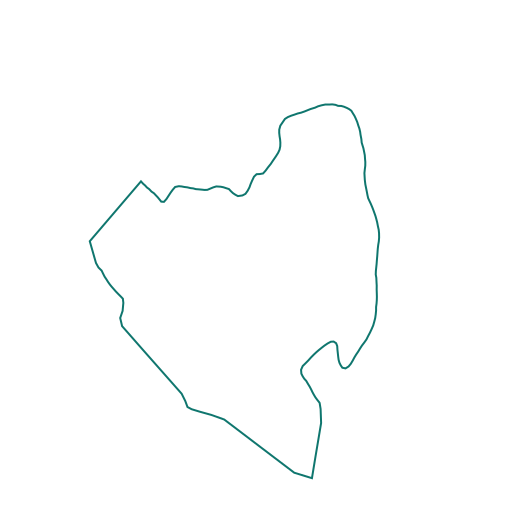 outline of Jahaf, Al Dali', Yemen, rotated 28°
{"feature_id": "15242507B12481598225051", "entity_name": "Jahaf", "entity_type": "district", "adm_level": 2, "iso_a3": "YEM", "parent_name": "Yemen", "parent_adm1": "Al Dali'", "projection": "equal_earth", "projection_center": [44.673, 13.731], "detail": "fine", "context": "isolated", "style": "outline", "palette": "teal", "viewbox_px": 512, "rotation_deg": 28, "n_neighbors": 0, "source": "geoboundaries", "source_scale": "gbopen_adm2", "svg_char_len": 2928}
<svg xmlns="http://www.w3.org/2000/svg" viewBox="0 0 512 512"><g transform="rotate(28 256 256)"><path d="M119.4,244.1L102.3,321.0L118.0,337.3L122.3,340.1L126.6,341.4L128.9,343.1L132.0,345.3L134.8,346.8L137.6,348.4L140.4,349.8L143.0,350.9L146.2,352.1L148.8,353.1L152.2,354.2L155.8,355.3L158.5,356.2L160.9,359.7L164.0,367.1L165.2,374.5L170.7,380.8L199.8,391.8L255.0,412.5L261.7,417.3L266.4,421.5L271.1,421.5L279.3,419.9L291.1,417.3L304.7,415.3L349.6,422.6L391.5,429.4L409.7,425.9L402.5,404.6L397.9,390.8L391.9,372.9L384.9,360.8L381.2,355.9L380.7,355.6L377.5,354.2L374.8,352.9L372.0,351.2L369.6,349.6L367.3,347.9L364.8,346.2L361.9,344.5L359.0,342.7L356.2,341.7L353.7,340.3L351.3,338.6L349.2,335.3L348.9,331.2L349.9,328.1L351.2,323.8L352.2,319.7L353.4,315.7L354.5,312.5L355.7,309.4L357.2,305.9L358.5,303.0L360.3,299.6L362.3,296.6L364.7,295.1L367.7,295.4L370.0,297.4L371.9,300.5L374.0,303.6L375.9,306.4L377.7,308.9L379.8,311.1L382.2,312.8L384.7,314.1L387.8,313.2L389.6,310.1L390.3,306.8L390.5,302.9L390.5,299.4L390.7,296.0L391.1,292.4L391.3,288.8L391.6,285.3L392.2,281.7L392.7,277.8L392.6,274.3L392.6,270.1L392.4,266.2L392.1,262.3L391.2,258.2L390.4,254.9L389.1,251.3L387.6,247.7L386.0,244.7L384.8,241.5L383.4,238.3L381.9,235.3L380.1,232.1L378.3,229.0L376.5,225.5L374.5,222.2L372.5,218.8L370.4,216.1L368.9,213.0L367.6,209.8L366.3,206.6L364.6,202.7L363.2,199.4L361.6,195.8L360.1,192.4L358.7,188.8L357.6,185.5L356.1,182.0L354.0,178.2L352.0,175.2L349.6,172.4L347.1,169.3L344.9,166.9L342.8,164.7L340.2,162.3L338.1,160.4L335.8,158.4L332.7,155.9L330.4,154.2L327.9,152.3L325.9,150.0L323.9,147.5L321.2,144.2L318.9,141.4L316.4,137.8L314.5,134.7L312.8,131.9L311.4,128.4L310.1,125.0L308.4,121.7L306.7,119.1L304.7,115.9L302.6,113.3L300.3,110.5L298.2,108.4L296.1,106.3L294.2,103.4L291.4,99.9L289.6,97.4L287.5,95.0L285.0,92.7L282.5,90.2L279.4,87.7L277.1,86.0L274.5,84.5L272.0,83.0L269.4,82.6L266.8,82.6L263.5,82.9L260.8,83.5L258.0,84.9L255.3,85.2L252.2,86.3L249.2,88.1L246.1,89.7L243.1,92.2L240.5,94.7L238.5,97.3L235.2,100.6L233.0,103.2L231.0,105.6L228.5,108.3L225.9,110.6L223.7,113.0L221.2,115.6L218.9,118.4L217.2,121.4L216.8,125.0L216.3,129.5L217.2,133.5L218.7,136.4L220.6,139.2L222.5,141.7L224.3,144.5L225.9,147.7L226.9,151.1L227.1,154.5L226.8,158.6L226.2,163.8L225.8,167.9L225.0,172.0L224.4,176.1L223.5,179.8L220.8,181.9L218.1,183.5L217.0,186.9L217.2,191.5L217.5,195.1L218.0,198.5L218.0,202.4L217.5,206.1L215.6,208.9L211.9,211.6L209.0,211.6L206.1,211.3L203.2,210.5L200.7,209.6L198.0,210.1L195.0,210.6L192.3,211.4L188.3,213.2L186.1,215.4L184.2,217.7L182.0,220.4L179.6,221.8L177.1,222.8L174.0,224.1L171.5,225.2L168.8,225.8L166.3,226.8L163.2,227.6L160.3,228.7L157.7,229.5L155.1,230.6L152.2,233.0L151.4,236.5L150.9,239.9L150.5,244.2L150.2,247.6L149.3,251.4L146.8,252.5L144.3,251.4L141.7,250.3L139.0,249.4L136.4,248.5L133.5,248.2L130.3,247.1L127.5,246.7L125.0,245.8L122.4,245.2L119.4,244.1Z" fill="none" stroke="#0f766e" stroke-width="2"/></g></svg>